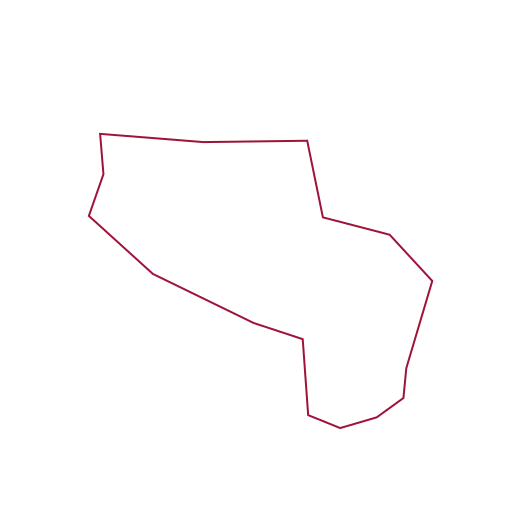 SVG path tracing the border of Bălţi, rotated 23°
{"feature_id": "MDA-1618", "entity_name": "Bălţi", "entity_type": "City", "adm_level": 1, "iso_a3": "MDA", "parent_name": "Moldova", "parent_adm1": "", "projection": "natural_earth1", "projection_center": [27.968, 47.763], "detail": "fine", "context": "isolated", "style": "outline", "palette": "rose", "viewbox_px": 512, "rotation_deg": 23, "n_neighbors": 0, "source": "natural_earth", "source_scale": "10m", "svg_char_len": 366}
<svg xmlns="http://www.w3.org/2000/svg" viewBox="0 0 512 512"><g transform="rotate(23 256 256)"><path d="M258.1,129.9L302.5,194.3L370.7,184.2L428.0,210.1L438.2,300.6L447.2,329.1L430.2,357.3L400.7,381.5L366.2,382.1L331.5,314.3L280.0,318.6L168.1,312.8L86.5,284.4L83.6,240.3L64.8,204.5L163.1,171.7L258.1,129.9Z" fill="none" stroke="#9f1239" stroke-width="2"/></g></svg>